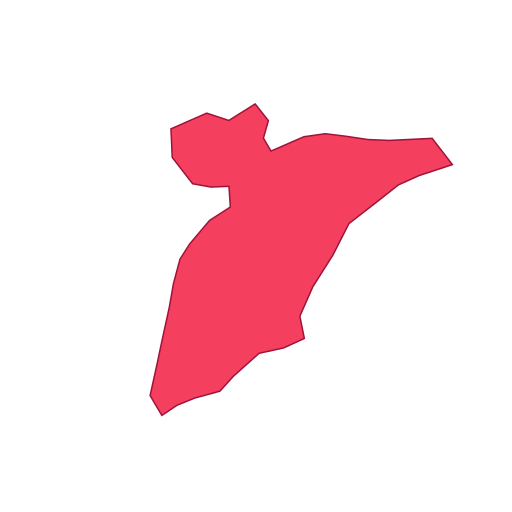 outline of Kato Moni, Nicosia, Cyprus, rotated 27°
{"feature_id": "46923920B54828967689264", "entity_name": "Kato Moni", "entity_type": "district", "adm_level": 2, "iso_a3": "CYP", "parent_name": "Cyprus", "parent_adm1": "Nicosia", "projection": "orthographic", "projection_center": [33.089, 35.054], "detail": "fine", "context": "isolated", "style": "filled", "palette": "rose", "viewbox_px": 512, "rotation_deg": 27, "n_neighbors": 0, "source": "geoboundaries", "source_scale": "gbopen_adm2", "svg_char_len": 682}
<svg xmlns="http://www.w3.org/2000/svg" viewBox="0 0 512 512"><g transform="rotate(27 256 256)"><path d="M359.5,71.2L322.3,92.5L302.9,101.4L281.7,108.5L262.2,115.6L244.5,128.0L221.7,155.7L209.1,147.6L205.6,129.8L186.2,120.9L170.2,147.6L147.2,151.1L122.5,181.3L136.6,206.2L166.7,220.4L184.4,215.1L200.3,206.2L210.9,224.0L198.5,245.3L191.4,275.5L189.7,293.3L195.0,318.2L202.1,341.3L210.9,375.0L216.2,394.6L225.0,428.4L244.5,440.8L253.4,424.8L265.7,410.6L285.2,392.8L290.5,373.3L302.9,341.3L322.4,325.3L336.5,307.5L322.4,289.7L320.6,257.7L324.1,220.4L324.1,184.9L338.3,154.7L350.6,128.0L364.8,110.3L389.5,85.4L359.5,71.2Z" fill="#f43f5e" stroke="#9f1239" stroke-width="1.5"/></g></svg>